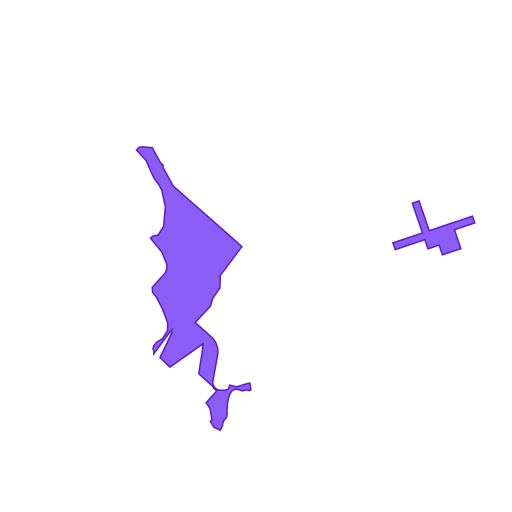 the district of Weipa, Queensland, Australia, rotated 307°
{"feature_id": "25037944B24701814738895", "entity_name": "Weipa", "entity_type": "district", "adm_level": 2, "iso_a3": "AUS", "parent_name": "Australia", "parent_adm1": "Queensland", "projection": "orthographic", "projection_center": [141.869, -12.645], "detail": "fine", "context": "isolated", "style": "filled", "palette": "violet", "viewbox_px": 512, "rotation_deg": 307, "n_neighbors": 0, "source": "geoboundaries", "source_scale": "gbopen_adm2", "svg_char_len": 2019}
<svg xmlns="http://www.w3.org/2000/svg" viewBox="0 0 512 512"><g transform="rotate(307 256 256)"><path d="M268.7,96.8L266.1,110.7L256.8,127.5L254.2,136.3L251.7,141.4L240.7,154.0L224.0,164.4L213.9,165.2L210.4,162.3L209.3,161.4L206.8,160.9L202.5,178.2L195.8,189.6L192.8,192.1L188.9,193.4L187.8,193.7L168.5,192.0L164.7,195.3L163.3,200.9L161.0,205.8L157.5,213.0L149.5,225.6L143.2,230.2L134.0,231.0L133.5,231.0L127.3,228.5L124.1,228.5L122.7,228.4L119.7,229.7L118.0,232.6L117.0,232.7L116.3,233.3L117.7,233.2L146.2,233.1L145.4,233.6L144.4,233.7L144.4,235.0L142.8,235.2L129.7,237.9L117.1,240.5L115.4,254.1L141.4,262.5L153.9,266.6L147.0,270.7L127.5,281.2L125.9,299.4L124.9,302.0L124.7,304.7L125.0,305.9L108.7,304.5L106.6,310.9L98.8,319.3L96.5,319.0L96.4,319.1L93.9,325.7L95.2,331.9L95.2,332.2L95.4,332.2L97.0,332.2L98.9,331.6L100.7,331.3L102.2,330.3L103.5,329.9L103.9,329.8L105.5,329.4L106.9,329.5L107.4,329.5L108.2,329.6L109.8,329.4L112.3,328.1L115.8,325.4L121.9,321.5L127.0,319.2L130.7,318.0L133.7,318.0L135.0,318.3L136.9,319.5L137.8,320.2L138.1,321.4L138.6,322.2L139.1,323.1L139.5,324.7L139.9,325.7L140.3,326.7L140.6,326.9L141.4,327.5L142.5,328.1L143.3,329.0L143.7,330.1L144.1,331.1L144.9,332.0L145.9,332.5L146.0,332.5L146.0,332.4L146.3,332.2L150.8,327.6L149.8,326.6L148.6,325.6L143.1,321.6L139.9,319.3L137.5,313.8L137.1,312.7L133.7,313.9L131.7,313.2L130.1,311.9L127.7,308.9L126.5,306.9L125.9,304.6L126.1,302.2L126.9,300.0L128.3,298.1L130.3,296.8L153.4,285.2L156.4,283.4L159.0,281.1L161.2,278.3L163.0,275.3L164.2,271.6L165.2,260.8L166.0,251.0L166.3,247.5L188.6,249.8L196.2,246.9L208.9,246.4L218.9,239.2L255.0,239.1L256.4,222.1L257.8,203.7L258.5,194.6L259.0,188.4L259.7,178.5L262.1,147.8L271.2,127.5L272.6,127.4L272.9,123.9L277.9,112.6L280.1,108.0L275.0,99.8L272.5,97.2L268.7,96.8ZM385.1,415.2L396.4,398.7L414.1,410.8L418.1,404.9L380.5,379.1L398.1,353.1L392.2,349.1L374.6,375.1L348.9,357.4L344.9,363.4L370.6,381.0L365.2,389.1L374.9,395.7L369.1,404.2L385.1,415.2Z" fill="#8b5cf6" stroke="#5b21b6" stroke-width="1.5"/></g></svg>